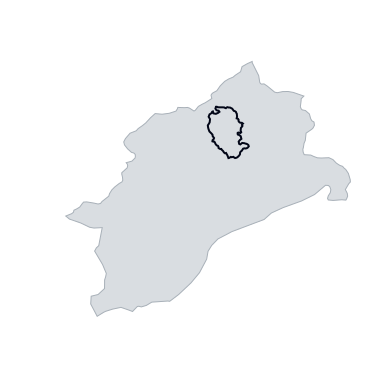 where Pazardzhik sits in Bulgaria, rotated 149°
{"feature_id": "BGR-2234", "entity_name": "Pazardzhik", "entity_type": "Province", "adm_level": 1, "iso_a3": "BGR", "parent_name": "Bulgaria", "parent_adm1": "", "projection": "robinson", "projection_center": [24.121, 42.158], "detail": "fine", "context": "in_parent", "style": "outline", "palette": "ink", "viewbox_px": 384, "rotation_deg": 149, "n_neighbors": 0, "source": "natural_earth", "source_scale": "10m", "svg_char_len": 3758}
<svg xmlns="http://www.w3.org/2000/svg" viewBox="0 0 384 384"><g transform="rotate(149 192 192)"><path d="M312.6,236.4L306.2,235.4L304.0,235.7L302.6,237.2L299.7,236.9L296.0,236.9L292.2,238.5L290.1,239.2L287.3,237.7L282.0,233.2L278.7,230.1L276.3,229.3L274.0,230.2L265.5,231.3L263.5,233.1L259.6,235.1L255.6,236.1L249.9,236.8L246.9,236.7L245.3,237.7L243.9,240.6L243.0,243.5L242.2,244.7L235.1,246.1L233.5,247.8L233.1,249.4L233.3,251.0L227.6,249.4L223.2,250.5L222.2,251.7L221.3,253.5L221.8,255.4L223.5,257.2L225.0,262.2L225.6,267.2L224.7,270.1L221.5,272.1L214.8,274.3L208.3,273.2L205.4,274.1L200.6,274.4L196.1,275.0L189.3,277.0L183.2,278.2L177.6,274.1L171.0,271.2L164.1,269.6L161.7,270.8L160.6,271.8L154.9,268.1L152.3,266.8L151.0,265.3L148.6,260.4L147.2,260.3L142.4,262.1L137.8,262.0L135.1,261.7L126.9,261.9L125.8,265.2L124.8,265.8L123.0,266.2L118.6,266.0L113.0,268.5L107.0,270.0L102.4,270.0L97.6,269.3L94.7,269.8L88.4,270.1L84.5,273.7L78.3,273.5L73.2,272.9L73.8,271.8L74.9,257.4L77.5,251.0L77.4,249.7L76.9,248.7L74.6,247.6L73.0,244.2L69.7,235.0L67.8,233.2L62.4,231.3L57.8,228.6L53.9,225.2L46.7,216.6L50.4,215.7L51.5,214.0L55.2,209.3L55.6,206.9L55.2,205.6L52.8,203.4L51.2,198.4L52.5,193.8L52.6,191.4L51.4,189.1L52.7,186.1L55.3,184.5L57.0,184.1L63.9,183.7L68.3,177.9L70.9,176.0L73.7,172.7L75.0,171.5L76.2,168.9L76.6,166.2L71.2,162.5L69.3,159.7L66.9,156.7L63.6,154.5L57.0,150.9L54.5,147.2L53.4,142.4L51.6,138.7L49.7,136.4L49.4,134.4L48.6,132.1L48.4,127.4L50.0,121.2L51.1,119.0L53.3,118.4L59.3,115.1L59.6,110.9L60.7,108.3L62.6,106.8L64.3,105.8L67.6,108.2L75.4,112.1L79.3,115.0L79.1,116.7L77.2,118.5L73.8,120.2L71.8,122.5L71.2,125.3L71.7,127.3L74.1,129.0L88.3,126.7L102.7,127.9L122.0,131.7L134.8,133.1L144.3,131.3L161.8,134.5L178.2,137.5L193.9,138.4L202.6,136.1L208.8,132.9L214.0,126.9L227.1,119.0L239.7,114.6L256.3,111.0L267.4,109.8L268.9,111.0L283.2,118.3L289.5,118.3L294.6,119.6L296.5,121.5L297.8,122.0L304.5,120.2L307.6,124.1L312.3,129.7L320.4,132.5L327.5,134.2L329.8,134.4L337.3,134.3L336.5,148.2L332.1,154.6L325.3,152.5L316.7,154.3L312.2,161.6L309.7,163.8L307.4,166.3L306.0,175.9L305.9,191.5L302.7,193.4L299.6,194.0L287.3,207.7L294.6,211.6L297.9,214.5L303.3,222.7L311.0,231.9L312.6,236.4Z" fill="#d9dde1" stroke="#a8b0b8" stroke-width="1"/><path d="M143.3,202.3L142.8,205.0L142.7,207.9L143.7,208.1L144.3,209.6L144.2,210.2L144.3,211.4L144.7,212.7L144.7,213.8L145.6,214.2L146.6,215.9L146.0,217.4L146.0,218.2L146.8,219.2L147.1,220.8L146.9,222.4L146.9,223.6L147.7,224.1L148.4,224.9L147.7,225.8L146.4,226.1L145.3,226.9L145.5,229.3L144.9,230.6L145.2,232.2L145.9,234.9L145.4,237.6L144.9,239.2L144.1,241.0L142.4,241.8L141.0,242.6L139.0,245.2L139.0,247.9L137.0,249.5L134.3,249.6L133.4,250.4L132.6,250.3L132.9,249.3L133.1,248.3L131.3,246.7L128.9,246.4L127.2,246.6L127.3,248.0L128.2,248.7L128.9,249.5L129.0,251.4L127.6,252.7L126.8,252.3L126.2,251.3L120.9,248.0L120.4,247.1L119.8,246.4L118.9,246.6L118.0,246.5L117.0,245.5L115.9,244.8L114.6,242.7L114.4,240.1L113.6,239.2L113.1,238.1L113.3,237.2L113.3,236.0L114.5,233.5L115.8,232.1L114.9,231.1L114.9,229.8L115.5,229.1L115.6,228.2L115.3,227.0L114.5,226.2L113.6,225.6L113.1,224.4L114.0,224.2L114.7,223.8L114.6,223.0L114.9,222.5L117.1,221.7L118.7,219.6L119.0,217.9L120.1,217.6L120.7,218.3L121.3,218.9L122.3,219.2L123.0,218.3L123.0,217.4L122.3,216.8L121.5,214.7L122.3,212.1L124.2,211.9L126.0,211.2L126.8,209.0L126.1,207.9L123.7,208.2L121.9,206.8L121.3,206.0L120.6,205.4L119.9,204.4L119.5,203.2L119.8,201.9L121.2,201.4L122.4,201.3L123.7,201.7L124.7,202.5L125.9,202.8L128.1,201.7L129.2,201.6L130.3,201.2L131.6,199.5L133.3,198.8L134.1,198.7L135.0,198.4L136.3,198.5L137.6,198.9L138.1,199.8L138.4,200.8L139.2,201.1L140.1,201.4L140.6,202.1L141.4,202.1L142.3,202.0L143.3,202.3Z" fill="none" stroke="#020617" stroke-width="2"/></g></svg>